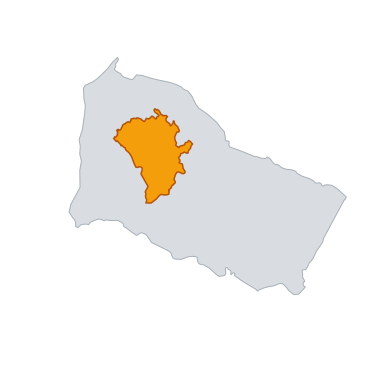 location of Ashanti within Ghana, rotated 119°
{"feature_id": "GHA-2158", "entity_name": "Ashanti", "entity_type": "Region", "adm_level": 1, "iso_a3": "GHA", "parent_name": "Ghana", "parent_adm1": "", "projection": "natural_earth1", "projection_center": [-1.65, 6.739], "detail": "fine", "context": "in_parent", "style": "filled", "palette": "amber", "viewbox_px": 384, "rotation_deg": 119, "n_neighbors": 0, "source": "natural_earth", "source_scale": "10m", "svg_char_len": 8577}
<svg xmlns="http://www.w3.org/2000/svg" viewBox="0 0 384 384"><g transform="rotate(119 192 192)"><path d="M229.3,49.1L231.7,51.9L232.3,53.4L231.4,59.3L229.6,63.4L228.4,67.3L228.6,69.2L229.7,71.1L233.5,74.2L235.4,76.1L237.7,79.1L240.4,82.0L244.9,85.8L246.8,86.5L246.7,87.6L246.1,89.0L245.7,103.2L245.4,106.8L245.1,108.6L244.6,113.9L244.2,114.7L243.3,114.6L242.5,114.8L242.3,115.9L242.7,116.9L245.4,117.7L244.8,118.5L242.8,119.2L241.8,120.8L242.2,122.6L241.1,124.1L241.4,125.1L242.2,125.8L243.3,125.5L246.5,123.1L247.8,122.8L249.5,123.3L252.5,127.0L252.7,128.9L251.4,135.1L250.2,139.9L250.0,146.3L251.3,149.9L251.1,151.8L249.7,153.6L246.6,156.0L246.8,157.7L248.3,160.9L250.9,164.4L256.1,168.7L258.9,174.4L258.9,176.7L257.4,179.0L255.5,180.9L254.9,183.8L255.8,202.8L251.7,211.0L251.6,213.3L252.0,216.1L253.1,217.7L255.2,218.2L256.9,219.7L256.3,225.5L255.4,231.4L255.3,234.2L254.8,235.6L253.2,236.7L252.6,238.6L253.0,240.8L252.7,242.5L253.6,244.7L255.4,247.5L258.5,254.2L259.6,254.8L260.1,256.2L259.8,257.6L261.0,260.6L264.3,263.6L267.8,266.2L270.7,266.6L271.3,268.9L273.2,271.9L274.6,273.2L276.7,274.1L278.5,274.5L278.6,277.1L275.4,278.8L273.2,281.4L271.6,285.3L269.3,289.7L261.5,292.0L258.5,292.0L242.4,292.1L227.3,300.7L218.6,303.7L213.2,308.6L206.0,312.0L201.0,316.1L190.6,318.1L173.5,324.7L168.1,327.3L162.7,331.8L153.9,337.2L150.5,337.1L143.6,332.1L138.4,329.6L125.7,325.8L116.3,324.3L111.7,322.7L110.4,322.4L111.5,320.6L114.1,320.5L116.9,321.0L119.0,319.7L122.1,319.5L122.9,318.1L123.2,314.4L123.1,311.5L124.2,310.2L124.5,306.8L123.0,299.2L121.9,298.4L116.4,297.3L116.0,295.8L115.0,294.2L113.9,290.3L112.7,284.4L110.8,277.2L107.1,265.3L106.2,261.1L105.5,256.8L105.4,251.7L106.2,249.8L106.1,247.2L105.7,244.5L108.3,238.5L113.5,231.0L114.6,228.4L115.5,226.5L115.6,223.8L116.6,215.2L119.0,204.7L120.6,200.8L121.6,198.7L122.9,195.2L123.2,193.5L127.9,189.4L130.1,188.3L130.6,186.7L129.8,185.0L130.1,183.8L131.3,183.2L133.0,182.7L134.3,181.0L132.3,168.1L130.7,155.2L130.6,154.2L129.7,152.4L128.7,147.1L127.1,144.0L124.9,143.1L124.9,140.1L127.2,135.2L127.7,132.3L126.7,131.4L126.5,129.2L127.3,125.5L126.9,123.3L126.5,120.9L124.2,115.3L123.6,111.3L124.8,109.0L124.8,103.9L123.5,96.0L123.3,91.0L124.2,89.0L123.8,87.0L122.1,85.1L122.0,83.3L123.4,81.5L123.2,80.1L121.4,79.1L119.8,76.7L118.4,72.9L118.7,66.7L121.4,55.4L121.7,54.5L124.8,54.5L124.8,55.0L134.2,54.9L145.0,54.8L157.9,54.6L169.6,54.5L170.2,54.0L172.1,53.4L183.9,54.5L191.3,53.9L194.5,54.3L196.8,55.1L201.9,54.6L204.6,54.9L206.7,57.7L207.5,57.7L208.7,56.5L210.7,55.1L212.8,54.0L214.3,51.8L215.2,50.2L216.5,50.5L218.5,50.4L219.8,49.0L220.3,46.8L229.3,49.1Z" fill="#d9dde1" stroke="#a8b0b8" stroke-width="1"/><path d="M223.8,227.0L221.5,227.5L220.8,227.8L220.3,228.4L219.5,229.5L218.8,230.2L218.3,230.6L216.4,231.3L215.9,231.5L215.6,231.7L214.8,232.8L214.4,233.0L209.2,233.1L208.6,233.2L208.2,233.6L201.2,245.0L200.9,245.3L200.6,245.5L200.4,245.6L197.6,246.0L196.7,246.4L195.8,246.9L195.4,247.2L195.1,247.5L195.0,248.0L194.9,248.5L194.9,249.0L195.0,249.4L195.4,250.2L195.7,250.5L196.6,251.3L196.9,251.6L197.3,252.4L197.4,252.9L197.4,253.3L197.2,253.6L197.0,253.9L195.9,255.2L195.4,256.1L190.3,262.1L188.6,265.2L188.0,267.0L187.6,269.0L187.5,269.6L187.2,270.4L186.8,270.9L186.5,271.2L185.7,271.8L185.9,272.4L185.9,272.7L186.0,273.2L185.8,274.1L185.3,275.2L185.4,275.6L185.3,276.1L185.6,276.3L185.8,276.4L185.9,276.6L185.8,276.9L185.7,277.0L185.2,277.2L185.1,277.3L184.7,278.9L184.3,279.8L184.0,280.7L183.9,281.3L183.6,282.1L183.6,282.3L183.7,282.5L184.2,282.4L184.3,282.6L184.4,283.3L183.7,284.9L183.7,285.2L183.6,285.4L183.3,285.6L183.1,286.2L182.8,285.9L182.6,286.0L182.3,286.2L181.9,286.4L181.5,286.4L181.2,285.5L181.0,285.3L180.5,285.4L180.3,285.4L180.1,285.3L179.8,285.1L179.0,284.8L178.6,284.8L178.4,284.9L178.3,285.1L178.1,285.2L176.9,285.4L176.6,285.8L176.2,285.9L175.9,286.1L175.5,286.0L175.1,286.1L175.0,286.3L175.1,286.9L174.9,287.5L174.6,287.7L174.4,287.7L173.7,287.4L173.1,287.0L172.9,286.7L172.9,286.4L173.1,286.3L173.4,286.2L173.5,286.1L173.5,285.9L173.4,285.7L173.2,285.4L172.9,285.1L172.7,284.9L172.1,284.8L171.7,284.6L171.1,284.7L170.7,284.7L170.3,284.8L170.1,284.8L169.8,284.7L169.3,284.7L168.9,284.8L168.0,284.8L167.6,284.9L167.3,284.9L167.1,285.0L166.8,285.0L166.5,284.9L165.3,284.3L165.1,283.9L164.9,283.7L163.9,283.2L163.4,283.2L162.9,283.0L162.7,282.9L162.6,282.6L161.6,282.0L161.5,281.8L161.4,281.5L161.4,281.1L161.5,280.6L161.5,280.4L161.4,280.2L160.9,279.9L160.5,279.9L160.3,279.9L160.2,280.0L159.9,280.2L159.6,280.4L159.0,280.4L158.5,280.1L158.3,280.1L158.1,280.2L157.9,280.5L157.7,280.6L157.1,280.1L156.3,279.0L156.2,278.9L156.0,279.0L155.8,278.7L155.5,278.2L155.0,276.5L154.8,276.1L154.5,276.0L153.9,276.1L153.7,275.8L153.5,275.3L152.9,271.8L153.0,271.5L153.3,271.1L153.3,270.9L153.4,270.6L153.3,270.0L153.3,269.7L153.6,269.0L153.6,268.6L153.5,268.0L153.1,267.7L151.3,267.6L150.4,267.7L150.1,267.6L149.8,267.5L149.6,267.2L149.4,266.6L149.1,265.7L148.8,265.1L148.5,264.9L148.3,264.8L145.5,264.0L145.1,263.8L145.0,263.6L145.0,263.4L145.0,262.5L145.7,260.0L145.7,259.5L145.6,259.1L145.3,258.8L145.0,258.8L144.7,258.8L143.9,259.2L143.6,259.2L143.4,259.1L142.1,258.3L141.8,258.1L141.3,258.0L141.1,258.1L140.9,258.3L140.6,259.2L140.2,262.4L140.0,263.3L139.6,264.0L139.0,264.7L138.4,265.0L137.9,265.0L137.6,264.9L137.2,264.7L137.4,262.9L137.4,262.7L137.2,262.5L136.8,262.4L136.7,262.3L136.6,262.1L136.6,261.9L136.7,261.7L136.9,261.3L136.9,261.1L136.8,260.8L136.8,260.6L137.1,260.1L137.3,259.4L137.7,259.0L138.0,258.3L138.3,257.9L138.6,257.5L139.0,257.0L139.1,256.6L139.3,256.4L139.2,256.0L139.0,255.6L139.0,255.4L139.0,255.2L139.3,254.6L139.3,254.4L139.2,254.1L138.7,253.7L138.5,253.3L138.4,252.5L138.3,252.3L138.2,252.2L137.8,252.0L137.7,251.9L137.7,251.4L137.9,250.1L138.0,250.0L138.3,250.0L139.3,250.3L139.8,250.3L140.1,250.3L140.6,250.2L141.4,249.8L142.0,249.4L142.3,249.0L142.6,248.1L143.0,245.2L143.1,244.7L143.4,244.2L143.8,243.9L144.4,243.5L144.6,243.4L144.6,243.2L144.4,242.8L144.1,242.5L143.5,242.3L142.7,242.2L140.8,242.1L139.4,242.6L138.9,242.6L138.7,242.5L138.8,241.9L139.0,241.7L139.6,241.3L140.1,240.9L140.5,240.3L140.9,239.9L141.0,239.5L141.3,239.1L141.3,238.9L141.3,238.2L141.6,237.2L141.7,236.7L141.8,236.3L144.3,233.1L144.8,232.8L145.0,232.7L145.3,232.7L145.9,232.8L146.1,232.9L146.3,233.1L146.6,234.0L147.1,234.3L151.9,233.9L152.6,233.6L153.7,232.9L154.7,232.0L155.3,231.4L156.2,230.0L156.6,229.5L156.9,229.3L157.3,229.2L158.1,229.1L158.8,228.9L159.0,228.8L159.1,228.6L159.4,227.7L159.4,227.4L159.3,226.7L159.4,226.2L159.7,225.6L159.7,225.3L159.6,225.2L157.7,224.6L157.3,224.4L157.0,224.2L156.0,222.9L154.5,221.5L154.3,221.4L154.0,221.4L152.6,221.7L152.3,221.7L152.1,221.7L151.8,221.4L150.9,220.3L150.8,220.1L150.4,220.0L149.4,220.0L149.0,220.0L148.5,219.7L148.5,219.1L148.7,218.4L148.7,217.6L148.8,217.2L149.2,216.6L149.3,216.2L149.5,215.7L149.6,215.0L149.9,214.8L150.4,214.9L152.3,215.2L152.8,215.1L153.1,215.0L153.4,214.7L153.7,214.6L154.6,214.6L155.3,214.6L155.5,214.6L155.9,214.9L156.2,215.0L156.6,215.0L158.0,215.0L159.5,214.5L160.0,214.5L160.3,214.8L160.5,215.0L160.6,215.3L160.7,217.3L160.7,217.8L160.9,218.2L161.3,218.4L161.9,218.6L162.8,219.2L163.2,219.6L163.7,220.3L163.9,220.4L164.2,220.4L164.6,220.3L165.6,219.9L166.1,219.8L166.3,219.9L166.9,220.2L167.3,220.3L167.6,220.3L168.3,220.2L168.8,219.9L169.1,219.6L169.7,218.4L170.1,218.0L170.4,217.7L170.9,217.6L171.8,217.6L172.2,217.5L172.6,217.4L172.7,217.1L172.8,216.8L172.5,215.6L172.2,214.4L172.2,214.2L172.3,213.9L173.6,212.8L175.1,211.7L175.4,211.5L175.9,210.8L177.2,208.4L177.6,207.9L177.9,207.7L178.3,207.6L178.5,207.5L178.8,207.6L179.2,207.7L179.7,208.1L180.2,208.6L180.4,209.0L180.7,209.9L180.7,210.4L180.8,212.6L180.9,213.0L181.1,213.7L181.4,214.0L181.8,214.5L182.5,214.8L183.4,214.9L184.3,214.9L185.1,214.8L185.9,214.8L186.7,214.5L187.6,214.3L189.0,214.1L189.7,213.9L189.9,213.7L190.0,213.6L190.1,213.1L190.3,212.7L190.6,212.4L191.1,212.0L191.6,211.3L191.8,211.2L192.2,211.2L193.3,211.4L193.5,211.5L193.8,211.9L194.0,212.0L194.3,212.0L195.0,211.9L195.2,212.0L195.5,212.4L195.7,212.6L195.9,212.7L196.7,212.6L197.2,212.7L197.4,212.6L197.7,212.4L197.8,212.3L198.7,212.2L199.0,212.3L199.7,212.7L200.5,212.9L200.8,213.0L200.9,213.3L201.1,213.4L201.3,213.3L201.5,213.2L201.9,212.4L202.1,212.4L202.3,212.6L202.6,212.7L202.8,212.6L203.4,212.0L203.7,211.8L204.5,211.5L204.8,211.3L205.2,211.3L205.6,211.6L206.6,212.6L207.2,213.4L208.1,215.0L208.8,217.0L209.2,217.8L209.5,218.1L210.1,218.5L211.3,218.9L215.4,219.8L221.1,222.2L221.3,222.4L222.1,223.5L223.8,227.0Z" fill="#f59e0b" stroke="#b45309" stroke-width="1.5"/></g></svg>